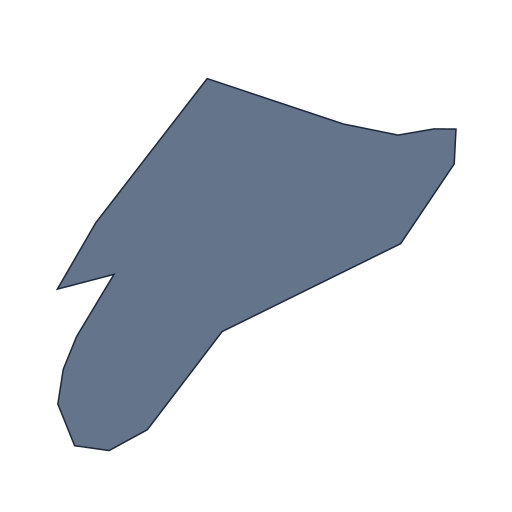 the Emirate of Neutral Zone, rotated 265°
{"feature_id": "ARE-347", "entity_name": "Neutral Zone", "entity_type": "Emirate", "adm_level": 1, "iso_a3": "ARE", "parent_name": "United Arab Emirates", "parent_adm1": "", "projection": "mercator", "projection_center": [56.031, 24.808], "detail": "fine", "context": "isolated", "style": "filled", "palette": "slate", "viewbox_px": 512, "rotation_deg": 265, "n_neighbors": 0, "source": "natural_earth", "source_scale": "10m", "svg_char_len": 389}
<svg xmlns="http://www.w3.org/2000/svg" viewBox="0 0 512 512"><g transform="rotate(265 256 256)"><path d="M250.1,112.9L240.3,55.2L303.1,99.3L437.0,222.8L380.0,354.2L364.1,407.9L367.1,444.3L365.1,465.6L365.0,466.3L330.5,461.5L255.7,401.2L183.7,215.7L92.4,132.6L75.0,92.7L82.8,58.8L125.8,45.7L159.9,54.1L191.5,70.3L250.1,112.9Z" fill="#64748b" stroke="#1e293b" stroke-width="1.5"/></g></svg>